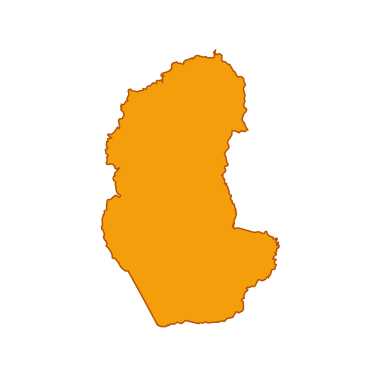 an SVG outline of Free State, rotated 308°
{"feature_id": "ZAF-1206", "entity_name": "Free State", "entity_type": "Province", "adm_level": 1, "iso_a3": "ZAF", "parent_name": "South Africa", "parent_adm1": "", "projection": "natural_earth1", "projection_center": [27.438, -28.674], "detail": "fine", "context": "isolated", "style": "filled", "palette": "amber", "viewbox_px": 384, "rotation_deg": 308, "n_neighbors": 0, "source": "natural_earth", "source_scale": "10m", "svg_char_len": 6017}
<svg xmlns="http://www.w3.org/2000/svg" viewBox="0 0 384 384"><g transform="rotate(308 192 192)"><path d="M275.3,197.6L274.6,197.1L272.4,196.5L272.0,196.2L270.6,193.5L270.0,192.9L267.9,192.8L267.4,192.0L267.1,189.7L266.4,187.7L264.9,186.2L264.2,186.3L261.5,188.2L254.2,188.9L253.2,189.3L252.3,190.3L251.0,192.6L250.1,193.5L249.2,193.9L247.1,193.9L246.1,193.5L243.0,193.8L242.6,193.6L240.1,197.5L238.0,199.8L236.3,202.3L236.0,203.5L234.3,203.7L233.8,203.4L232.8,202.2L232.0,202.1L231.3,202.5L230.2,205.0L229.0,205.6L223.7,205.2L224.0,206.2L222.4,207.3L222.3,208.6L222.0,209.9L221.4,209.9L220.0,211.9L218.6,212.4L219.8,214.1L218.9,214.5L218.6,214.1L218.3,214.5L218.5,215.8L217.4,217.9L214.8,221.4L213.5,222.1L213.2,222.6L213.5,225.1L213.1,225.5L210.8,226.3L210.0,226.8L209.7,229.1L209.2,229.7L207.9,230.5L207.8,230.9L208.4,232.0L208.4,232.7L206.0,235.5L205.4,236.4L205.2,237.4L205.0,237.7L203.9,237.6L203.7,237.8L203.0,239.6L201.2,240.9L197.6,242.3L196.3,242.4L195.0,243.0L193.0,245.0L192.6,244.8L192.4,244.2L191.9,244.2L191.0,245.7L190.5,245.1L190.1,245.1L189.7,245.6L189.7,246.5L189.1,247.9L191.4,249.6L192.7,251.8L198.2,265.5L199.1,266.6L201.3,268.6L202.0,269.7L202.6,272.4L203.5,274.1L203.9,274.3L205.5,274.1L206.7,274.7L206.7,275.3L206.0,276.0L204.9,278.7L205.0,280.3L206.1,283.3L206.0,284.2L206.5,284.3L205.2,284.7L206.2,287.0L207.1,286.6L207.8,287.4L207.1,288.4L205.0,288.4L204.1,288.8L204.0,289.7L205.5,291.0L204.6,291.7L202.7,290.9L202.3,291.5L202.5,292.0L203.7,292.7L202.8,294.2L201.9,294.4L200.8,294.4L200.3,293.7L199.9,293.6L199.5,294.0L198.7,294.0L197.8,295.0L195.9,294.8L195.2,294.9L195.4,296.3L194.5,297.0L191.8,296.3L189.6,296.7L189.0,297.0L189.4,297.7L190.3,298.6L190.6,299.7L190.2,300.0L188.4,299.8L187.5,300.1L186.7,300.8L186.2,301.8L186.6,302.9L186.1,303.4L183.4,303.8L182.8,304.6L182.3,304.8L181.5,304.4L180.2,303.0L179.0,302.9L177.6,303.9L176.1,304.0L175.4,304.7L174.5,304.7L173.9,304.3L171.9,305.0L172.3,304.0L171.4,303.6L168.3,303.6L165.6,302.2L165.1,301.7L164.7,299.8L163.3,298.2L157.3,299.4L155.8,299.3L155.2,298.4L154.9,297.3L152.4,296.3L150.8,294.3L149.6,294.0L149.3,294.5L149.4,295.5L149.2,296.3L147.9,296.3L145.7,295.6L142.2,296.8L140.1,298.6L138.6,297.4L137.9,297.2L137.0,298.0L137.1,299.6L136.6,300.4L132.6,303.8L130.3,305.0L128.9,304.8L127.5,304.0L125.8,303.5L125.5,303.1L125.2,301.4L125.0,300.8L123.5,300.6L118.3,301.2L116.7,300.0L115.1,298.4L113.4,297.4L110.1,297.3L109.6,296.5L109.3,295.4L108.6,294.7L106.8,293.6L105.2,292.4L102.7,289.2L98.7,285.3L98.0,282.6L95.8,281.5L95.1,280.8L94.1,278.8L93.2,278.7L92.3,278.0L87.6,267.9L86.6,266.0L82.3,264.9L81.3,263.9L80.6,260.8L80.1,260.4L78.2,260.0L76.8,259.1L74.7,256.3L74.3,256.1L72.8,256.2L72.1,254.6L70.6,254.6L70.0,254.3L69.1,253.4L67.0,250.5L66.6,249.6L66.2,247.6L65.9,246.9L80.2,214.3L90.2,190.7L90.4,190.0L89.6,189.4L89.0,188.4L88.7,186.9L88.8,183.3L89.7,180.3L91.0,177.7L92.0,173.7L92.1,171.9L91.3,170.8L91.1,170.2L91.3,169.4L92.4,168.7L93.6,167.4L95.1,164.7L96.4,160.5L96.5,157.9L97.0,157.2L98.4,157.3L99.0,156.7L100.6,153.9L100.4,152.8L101.8,150.1L102.8,149.7L103.9,149.7L104.6,148.7L105.5,148.1L107.3,145.4L107.0,144.1L107.6,143.7L108.4,142.5L108.8,142.1L110.4,142.0L111.3,141.5L115.4,137.8L118.4,136.9L119.2,136.1L120.1,136.6L120.6,136.4L122.0,135.6L122.8,134.6L125.9,135.6L128.1,133.5L132.9,130.5L134.0,130.4L134.4,130.6L135.6,132.2L136.5,132.7L138.4,132.7L142.1,133.6L142.4,134.0L143.2,137.9L143.8,138.2L144.9,138.1L145.4,137.8L145.6,137.3L144.8,135.4L144.8,134.8L146.0,132.3L147.1,130.8L151.2,126.5L152.5,126.1L152.9,125.6L152.8,124.4L153.1,122.9L153.9,121.7L155.0,121.0L156.3,120.7L157.4,121.5L158.1,120.2L159.2,119.5L160.5,119.6L161.4,119.9L166.0,119.9L165.7,119.0L163.6,118.5L163.3,117.6L163.5,116.6L164.1,115.5L164.9,115.3L164.9,112.1L164.1,110.8L162.4,109.3L161.4,107.7L162.4,106.4L165.1,105.6L167.0,103.3L167.6,103.3L168.7,103.7L169.4,103.1L169.4,100.7L171.6,98.0L172.3,97.7L174.6,98.7L175.1,96.9L176.6,95.3L178.5,94.4L179.2,93.7L180.4,94.6L181.2,93.5L182.2,92.9L185.0,95.2L184.9,91.6L185.0,90.7L185.7,90.2L186.3,90.8L187.3,92.6L188.8,93.4L190.9,93.8L195.5,93.6L196.7,93.3L197.2,93.5L196.9,95.0L197.3,95.5L198.3,95.1L200.1,93.6L202.1,91.1L203.2,90.0L204.6,89.8L205.2,90.1L206.7,91.7L207.3,91.9L210.8,91.0L211.3,90.7L212.7,88.3L213.1,85.4L213.7,84.8L215.7,84.5L215.4,83.3L216.1,83.0L216.9,83.0L217.6,82.4L218.9,84.5L222.9,84.1L223.8,85.2L224.4,85.2L224.8,85.0L225.0,83.7L226.9,82.9L230.1,82.2L232.1,79.8L233.6,79.0L234.1,79.3L235.4,80.7L234.7,81.6L235.1,82.9L237.6,87.5L239.8,88.7L241.9,90.8L242.9,89.9L243.5,89.9L243.9,91.4L244.8,92.4L247.5,91.8L250.6,93.8L254.0,94.2L254.3,94.4L254.8,96.0L255.4,96.8L256.1,96.9L256.8,96.0L257.4,95.7L258.3,95.8L259.5,97.3L259.8,97.9L261.0,98.5L261.2,99.0L260.5,101.0L261.0,100.8L263.8,98.4L266.2,98.1L266.1,97.6L265.3,96.8L264.9,96.5L264.5,96.6L264.6,96.0L266.0,95.3L268.1,96.1L271.7,98.7L272.9,99.2L273.9,100.0L275.4,99.5L276.3,100.3L276.8,100.2L278.1,98.7L279.4,98.2L280.3,97.5L281.7,97.5L283.8,99.1L284.9,99.5L285.0,101.8L285.8,102.8L286.9,105.5L287.4,106.3L288.0,106.4L288.8,105.7L289.4,105.6L292.0,105.8L293.9,107.5L295.3,108.1L296.1,108.9L297.7,109.4L297.6,110.7L298.1,111.2L298.7,111.3L300.2,110.7L300.8,110.8L302.8,112.0L303.5,113.1L303.9,114.9L304.6,115.8L304.7,117.0L306.2,118.8L307.3,119.7L307.1,120.8L307.3,121.4L311.3,126.5L311.9,126.5L313.2,125.6L314.3,125.5L314.6,123.9L315.3,123.2L317.0,123.0L318.0,123.2L315.8,124.4L315.6,124.9L315.6,127.2L317.6,128.1L318.0,129.1L318.1,131.2L317.8,131.8L314.9,133.5L313.9,135.0L314.0,136.0L314.8,137.4L315.0,138.1L314.8,141.5L314.9,142.1L315.5,142.6L315.6,143.4L315.0,144.7L314.2,147.0L313.1,149.0L313.0,152.3L311.9,154.1L311.1,156.2L311.0,156.8L311.3,157.7L312.8,159.2L313.2,159.9L313.4,160.9L313.1,162.7L312.8,163.3L310.9,165.1L309.4,168.1L306.1,168.5L304.9,168.9L300.9,174.2L297.9,175.6L296.1,178.0L293.6,178.5L292.6,179.0L291.6,180.1L290.9,181.4L291.2,183.3L290.7,184.2L288.4,185.1L286.3,184.6L283.9,185.2L280.6,186.4L278.8,188.7L278.6,191.1L277.0,192.9L275.3,197.6Z" fill="#f59e0b" stroke="#b45309" stroke-width="1.5"/></g></svg>